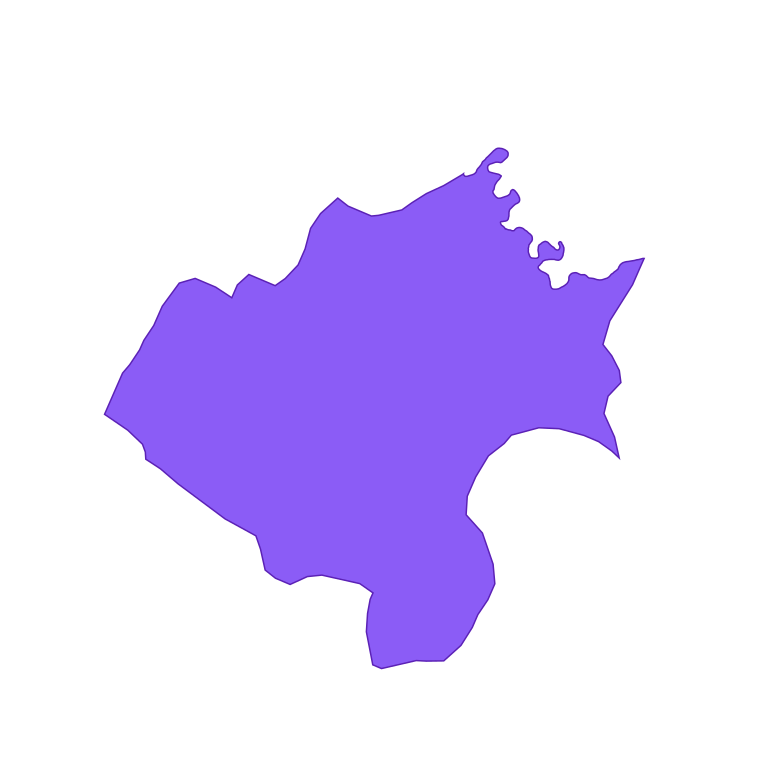 Samsu, Ryanggang, North Korea (Mercator projection), rotated 23°
{"feature_id": "82179303B33326321250637", "entity_name": "Samsu", "entity_type": "district", "adm_level": 2, "iso_a3": "PRK", "parent_name": "North Korea", "parent_adm1": "Ryanggang", "projection": "mercator", "projection_center": [128.058, 41.242], "detail": "fine", "context": "isolated", "style": "filled", "palette": "violet", "viewbox_px": 768, "rotation_deg": 23, "n_neighbors": 0, "source": "geoboundaries", "source_scale": "gbopen_adm2", "svg_char_len": 6170}
<svg xmlns="http://www.w3.org/2000/svg" viewBox="0 0 768 768"><g transform="rotate(23 384 384)"><path d="M574.4,166.8L573.8,167.0L573.0,167.4L572.3,168.0L570.0,169.8L567.9,171.1L566.3,172.4L563.1,174.4L561.1,175.7L559.3,176.7L557.7,177.9L557.2,178.4L556.6,178.9L556.1,179.5L554.9,181.7L554.7,183.2L554.5,184.0L554.5,184.9L554.5,185.7L554.5,186.4L554.4,187.0L554.1,187.5L553.4,188.9L553.0,189.6L552.1,191.0L551.4,192.7L550.5,193.9L550.2,194.6L549.9,195.7L549.5,196.9L549.2,197.6L548.2,199.2L545.0,202.0L543.8,203.0L542.3,203.8L541.6,204.1L540.0,204.5L539.3,204.7L535.8,205.0L533.9,205.5L531.7,206.2L531.1,206.3L530.1,206.1L527.8,205.2L526.0,205.0L523.4,206.1L522.5,206.5L520.2,206.5L519.1,206.4L518.4,206.4L517.3,206.5L516.3,206.9L514.7,207.9L514.3,208.2L513.8,208.7L513.3,209.3L512.5,211.3L512.4,212.1L512.4,212.8L512.5,213.5L513.6,216.3L513.6,218.0L513.3,219.6L513.1,220.3L511.9,222.5L511.6,223.0L511.0,223.8L510.6,224.4L509.7,225.3L508.1,227.5L507.2,228.4L506.6,228.7L506.0,229.2L505.4,229.4L504.9,229.7L503.4,230.3L502.8,230.5L501.5,230.5L501.1,230.4L500.2,229.8L499.2,228.8L498.3,227.7L497.3,225.8L496.9,224.9L496.5,224.6L495.0,222.3L494.6,222.0L494.2,221.6L493.4,220.6L492.9,219.8L492.5,219.6L491.6,219.5L490.8,219.1L489.5,218.9L488.4,218.8L487.6,218.8L487.0,218.7L486.4,218.8L484.4,218.6L482.5,218.1L482.0,217.9L480.9,217.2L480.2,216.2L480.2,215.1L480.4,214.5L480.8,214.0L481.3,212.2L481.5,211.7L481.9,210.8L482.1,209.3L482.4,208.7L483.3,207.6L483.8,207.2L484.3,206.7L484.9,206.3L485.7,205.9L487.0,205.0L489.3,203.9L492.3,202.7L493.8,202.6L495.6,202.1L496.2,201.9L496.7,201.5L497.2,201.0L497.6,200.5L498.0,199.8L498.3,198.7L498.5,197.2L498.5,196.4L498.5,195.6L498.0,193.8L497.8,192.4L497.5,191.4L497.3,190.5L496.4,188.4L495.0,186.9L494.5,186.4L492.7,185.2L492.4,184.7L492.0,184.3L490.8,184.1L490.3,184.3L489.8,185.1L489.7,185.7L489.7,186.2L490.1,186.8L491.5,187.9L492.1,188.6L492.4,189.2L492.6,189.9L492.6,191.3L492.3,192.2L491.9,192.6L491.4,192.9L490.8,193.0L490.2,193.2L488.4,192.8L487.2,192.1L486.6,191.9L486.1,191.8L485.4,191.8L482.8,191.0L482.1,190.6L481.3,190.4L480.1,189.8L479.1,189.5L478.0,189.5L477.4,189.6L476.7,189.7L475.9,190.3L475.0,191.3L474.6,191.7L474.3,192.2L473.7,193.3L473.5,193.9L473.2,194.3L472.8,194.8L472.5,195.3L472.4,195.7L472.4,196.2L472.4,197.0L472.6,197.8L472.9,198.6L473.4,200.4L473.9,201.3L474.3,202.0L474.7,202.5L475.2,203.3L475.7,204.2L476.5,205.7L476.6,206.5L476.5,207.2L476.1,207.8L475.4,208.5L474.7,208.9L473.5,209.4L472.5,209.7L471.8,210.0L471.0,210.2L470.3,210.3L469.6,210.2L468.8,209.8L468.1,209.3L467.6,208.7L467.1,208.2L465.4,206.3L464.8,205.1L464.5,204.1L464.2,203.5L463.9,203.0L463.7,202.3L463.7,201.7L463.5,200.9L463.3,200.2L463.1,199.2L463.3,198.5L463.8,196.0L464.1,195.3L464.2,194.6L464.2,193.9L464.1,193.2L463.9,192.5L463.5,191.9L463.2,191.2L462.7,190.5L462.1,189.9L460.7,189.2L459.3,188.7L458.4,188.6L455.6,187.5L453.9,187.3L451.6,186.6L450.8,186.5L450.0,186.5L448.9,186.6L447.5,187.0L446.9,187.3L445.5,188.3L444.8,189.3L444.3,190.4L444.1,190.9L444.0,191.4L443.8,192.0L443.5,192.2L442.9,192.5L441.9,192.9L440.0,192.9L439.5,193.1L438.2,193.5L437.4,193.5L436.7,193.6L435.5,193.5L435.1,193.9L433.8,193.0L433.2,192.7L431.3,192.1L430.5,192.0L429.9,191.8L429.0,191.1L428.0,189.7L428.0,189.3L428.5,188.7L429.1,188.3L429.8,188.1L430.8,187.3L431.7,186.9L432.8,186.0L433.4,185.4L433.6,184.9L433.9,183.6L433.7,182.7L433.5,181.9L433.5,181.3L433.1,179.9L432.8,179.3L432.6,178.7L431.9,176.9L431.6,174.6L431.7,173.9L432.2,172.8L433.2,170.2L434.1,168.2L434.9,166.8L435.8,165.9L436.4,165.1L436.9,164.3L437.2,163.5L437.2,162.6L437.0,161.6L436.7,161.0L436.0,159.8L435.4,159.3L434.5,158.3L433.2,157.4L432.6,157.0L431.6,156.3L428.8,154.9L428.1,154.7L427.2,154.6L426.4,154.8L426.1,155.2L425.6,155.9L425.4,156.5L425.4,157.3L425.5,158.1L425.6,159.1L425.5,160.0L425.3,160.7L424.9,161.2L424.6,161.9L423.4,163.2L422.2,164.2L421.7,164.7L420.3,165.9L419.7,166.5L419.1,167.0L418.4,167.5L417.2,168.1L416.8,168.3L416.3,168.4L415.6,168.4L414.0,168.0L412.7,167.4L411.4,166.7L410.9,166.3L409.8,165.6L409.3,164.7L409.0,164.2L408.9,163.6L408.9,163.0L409.2,162.5L409.2,161.7L409.0,161.0L408.6,159.1L408.4,158.2L408.4,157.4L408.5,156.3L409.0,153.3L410.2,150.1L410.7,146.9L410.5,146.6L409.9,146.5L408.3,146.2L407.4,146.2L402.3,147.1L399.4,147.5L398.1,147.6L397.6,147.5L396.5,146.7L396.0,146.2L395.1,144.9L394.7,144.0L394.5,143.1L394.5,142.3L394.7,141.7L395.1,141.0L395.7,140.2L396.2,139.6L397.0,139.1L398.9,137.3L399.7,136.6L400.5,136.0L402.1,135.3L403.3,135.0L404.8,134.7L405.4,134.2L405.9,133.6L408.7,127.4L408.8,126.7L408.9,126.0L408.9,125.3L408.7,124.6L408.2,123.3L407.8,122.6L406.6,121.7L404.8,121.3L403.7,121.1L401.9,121.1L400.5,121.2L397.8,122.0L396.6,122.6L396.1,123.0L395.7,123.4L395.0,124.3L394.7,125.0L393.8,126.5L392.9,128.8L392.6,129.6L390.6,134.5L390.1,135.4L389.7,136.5L389.6,137.5L388.6,139.6L387.9,140.9L387.8,142.8L387.8,143.7L387.6,144.6L386.9,147.1L386.3,148.7L386.1,149.5L385.9,150.5L385.9,151.2L386.0,152.1L386.0,152.9L385.5,154.3L385.1,155.1L384.5,155.9L383.4,157.0L381.2,158.8L380.3,159.6L379.3,160.4L377.9,161.0L377.3,161.1L376.7,160.9L376.1,160.5L375.5,160.3L375.1,159.8L375.0,159.4L374.3,160.6L361.4,178.1L348.6,192.2L338.9,206.2L332.4,216.8L313.2,230.8L306.8,234.3L281.4,234.3L268.8,230.9L259.0,251.9L255.6,269.4L258.6,290.5L258.4,308.0L251.9,325.5L245.4,336.0L216.8,336.0L210.3,350.1L210.2,364.1L191.2,360.6L168.9,360.6L156.1,371.1L149.5,399.1L149.2,420.1L145.9,437.6L145.7,448.1L142.4,465.6L139.1,476.1L138.6,521.1L166.1,526.6L185.2,533.8L190.9,539.9L194.1,546.3L211.3,549.4L233.5,556.4L290.5,570.3L325.4,573.8L334.8,584.2L347.3,601.7L360.0,605.2L375.9,605.2L388.7,591.2L401.5,584.2L439.7,577.2L455.5,580.6L455.4,587.6L458.5,601.6L464.6,619.0L483.4,646.9L492.9,646.9L521.7,626.0L531.3,622.5L547.2,615.5L557.0,594.5L560.4,573.6L560.5,559.6L563.9,542.1L564.1,524.6L554.8,507.2L532.8,482.7L510.7,472.3L504.5,454.8L504.7,433.8L508.2,409.3L517.9,391.8L521.2,381.3L543.6,363.8L562.7,356.7L588.2,353.2L604.1,353.2L619.9,356.7L629.4,360.2L616.9,342.7L598.0,325.2L595.0,307.7L601.5,290.1L595.3,279.6L582.7,269.1L570.1,262.1L567.2,237.6L574.0,195.5L574.2,178.0L574.4,166.8Z" fill="#8b5cf6" stroke="#5b21b6" stroke-width="1.5"/></g></svg>